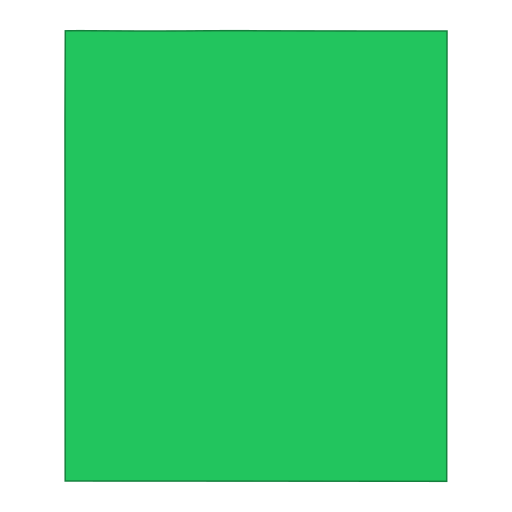 Nemaha, Kansas, United States of America
{"feature_id": "52423323B42184125186885", "entity_name": "Nemaha", "entity_type": "district", "adm_level": 2, "iso_a3": "USA", "parent_name": "United States of America", "parent_adm1": "Kansas", "projection": "robinson", "projection_center": [-96.08, 39.783], "detail": "fine", "context": "isolated", "style": "filled", "palette": "green", "viewbox_px": 512, "rotation_deg": 0, "n_neighbors": 0, "source": "geoboundaries", "source_scale": "gbopen_adm2", "svg_char_len": 361}
<svg xmlns="http://www.w3.org/2000/svg" viewBox="0 0 512 512"><path d="M65.3,30.8L65.0,120.2L65.2,481.0L237.4,481.1L446.7,481.3L446.7,391.1L447.0,31.0L367.1,31.0L303.1,30.9L258.7,30.8L247.3,30.7L224.0,30.7L198.8,30.8L191.7,30.9L161.2,31.0L143.2,31.0L137.2,31.0L81.4,30.7L78.3,30.7L65.3,30.8L65.3,30.8Z" fill="#22c55e" stroke="#15803d" stroke-width="1.5"/></svg>